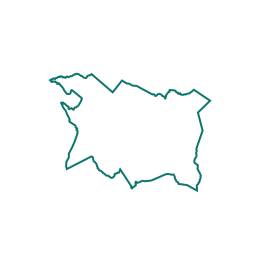 the district of Jano, Olancho, Honduras, rotated 121°
{"feature_id": "27666195B16054115349616", "entity_name": "Jano", "entity_type": "district", "adm_level": 2, "iso_a3": "HND", "parent_name": "Honduras", "parent_adm1": "Olancho", "projection": "orthographic", "projection_center": [-86.513, 15.059], "detail": "fine", "context": "isolated", "style": "outline", "palette": "teal", "viewbox_px": 256, "rotation_deg": 121, "n_neighbors": 0, "source": "geoboundaries", "source_scale": "gbopen_adm2", "svg_char_len": 5846}
<svg xmlns="http://www.w3.org/2000/svg" viewBox="0 0 256 256"><g transform="rotate(121 128 128)"><path d="M62.3,71.7L61.3,91.3L64.1,92.1L64.7,92.4L66.9,93.3L67.4,93.9L67.9,94.7L68.9,95.5L69.8,96.0L69.9,96.7L70.0,97.0L70.4,97.3L71.0,97.7L71.3,97.9L71.8,99.5L72.1,99.9L72.2,100.1L72.1,100.4L71.6,100.9L71.8,101.0L72.1,101.1L72.3,101.2L72.4,101.4L72.5,101.6L72.4,101.8L72.1,102.4L72.0,102.7L72.5,102.9L72.4,103.1L72.2,103.2L72.1,103.4L72.2,104.2L72.3,104.4L72.5,104.6L72.5,104.8L72.4,105.2L71.8,106.3L71.7,106.6L72.1,108.2L73.3,110.4L73.6,111.3L73.9,111.8L74.2,111.9L74.5,111.8L75.2,111.4L75.4,111.1L75.6,111.1L75.9,111.3L76.3,111.8L76.6,111.9L79.5,112.1L80.7,112.3L81.1,112.1L81.5,111.7L81.9,111.5L83.5,111.2L83.6,111.3L83.5,111.5L83.3,111.6L83.1,111.7L82.8,112.4L82.6,114.3L82.9,115.0L82.4,116.0L82.3,116.5L82.2,116.9L82.2,117.2L82.4,117.6L82.4,118.3L82.6,118.7L83.0,119.0L83.5,119.7L83.8,119.9L84.1,120.0L85.6,120.3L86.4,120.9L86.5,121.0L86.4,121.5L85.9,122.4L85.8,123.4L85.9,123.7L86.7,124.4L87.5,142.4L87.7,142.9L88.1,143.3L88.3,143.8L88.8,145.0L89.4,146.5L89.4,147.3L89.3,147.8L89.3,148.3L89.6,150.3L90.3,151.7L90.5,152.6L90.4,157.6L105.3,159.5L100.6,186.9L101.1,187.0L101.3,187.1L102.0,187.6L103.8,189.2L104.2,189.5L104.9,189.6L106.2,189.5L106.6,189.6L106.9,189.9L107.2,190.6L107.3,191.2L107.6,192.3L107.3,193.3L107.2,194.2L107.3,194.5L107.5,194.8L107.5,195.5L107.4,196.2L107.4,197.0L107.3,198.2L107.7,199.5L108.2,200.0L108.4,200.5L108.7,200.6L109.1,200.7L109.2,201.1L109.8,201.5L111.0,202.3L111.7,202.5L112.5,202.8L112.7,203.0L112.9,203.6L113.2,204.0L113.5,204.2L114.3,204.6L114.9,205.2L115.3,205.5L115.2,206.2L115.2,206.7L115.3,206.8L115.9,207.2L116.4,207.3L116.8,207.4L117.1,207.4L117.3,207.5L117.2,208.3L117.6,209.4L118.2,209.8L117.9,210.4L117.8,210.7L118.2,212.0L118.3,212.4L118.5,212.6L118.9,212.8L119.1,212.8L119.2,212.6L119.4,212.7L120.0,213.7L120.3,214.2L120.7,214.4L121.6,214.7L121.9,214.8L122.0,215.0L122.3,215.5L122.5,215.7L123.0,215.9L123.7,215.8L123.7,216.2L123.8,216.8L123.9,217.4L124.2,217.8L125.4,218.1L125.9,218.9L126.3,219.0L126.6,219.1L127.1,219.4L127.2,218.6L127.7,218.0L127.9,217.7L127.9,217.4L127.7,217.0L126.7,216.2L126.4,215.2L125.9,214.7L125.9,214.1L126.1,213.6L125.9,213.1L125.6,212.3L125.6,211.9L126.3,211.6L126.6,211.3L126.3,211.0L126.0,210.9L126.0,210.3L125.6,210.2L125.6,209.8L125.3,209.5L125.9,208.7L126.5,206.7L126.6,205.8L127.1,204.9L127.4,203.9L127.8,203.2L128.3,202.7L128.9,201.6L130.2,197.8L130.1,197.7L129.8,197.3L129.5,196.4L129.3,196.0L129.0,195.7L128.0,195.2L127.8,195.2L126.5,195.7L125.6,195.9L124.7,195.9L124.4,195.7L126.1,183.7L126.3,183.1L126.6,182.6L126.9,182.5L128.8,182.3L129.3,182.1L130.6,182.1L131.6,182.0L132.8,182.1L133.5,182.0L134.4,182.2L135.5,182.3L135.8,182.7L136.3,183.0L137.0,183.1L138.1,184.2L139.0,184.3L139.3,184.3L139.5,184.3L140.0,184.0L140.4,184.2L140.5,184.4L140.4,185.5L140.1,186.3L140.1,186.6L140.3,186.8L140.8,187.1L141.2,187.5L141.9,187.8L142.1,188.8L141.9,189.0L141.5,189.1L141.0,189.3L140.5,189.7L140.3,190.1L140.6,191.2L140.4,191.9L140.4,192.7L139.9,193.7L139.9,194.5L139.8,195.0L140.2,195.4L140.3,195.5L140.1,196.1L139.7,196.8L139.7,197.0L139.8,197.2L140.6,198.2L140.8,198.3L141.0,198.2L141.1,197.9L141.4,197.6L141.6,197.0L142.4,196.2L143.3,194.9L144.4,192.8L145.1,190.7L145.4,190.3L146.0,189.3L146.7,188.5L147.6,187.4L148.2,186.3L148.7,185.8L149.0,185.1L149.3,184.8L149.4,184.3L150.2,183.1L150.7,182.4L151.6,182.3L151.9,182.2L152.2,181.9L152.3,181.4L152.9,180.8L152.9,180.5L152.7,179.4L152.8,178.9L152.8,178.3L153.0,177.3L152.9,176.2L153.0,174.3L153.3,173.9L154.3,173.3L154.6,172.9L154.6,172.6L154.5,171.6L154.6,171.2L154.9,171.1L155.9,171.2L156.2,171.1L156.3,170.9L156.5,169.9L156.7,169.5L157.0,169.3L158.2,168.8L159.5,168.3L166.6,166.8L172.5,166.0L180.4,165.5L183.8,163.5L188.7,163.4L192.7,161.3L194.7,159.3L171.2,144.7L171.1,144.3L171.2,143.8L171.3,143.2L171.4,142.8L171.7,142.5L172.5,142.0L173.3,141.2L173.8,140.7L174.0,140.5L174.2,140.0L174.2,138.8L174.5,138.1L174.8,137.2L175.8,135.6L176.9,134.8L177.3,133.7L177.8,133.3L178.2,133.2L178.3,132.3L179.0,130.9L179.0,130.5L178.7,129.2L178.9,128.4L178.9,127.1L179.3,126.7L179.5,126.0L179.5,125.8L179.4,124.9L179.4,124.3L179.8,123.0L179.9,122.5L179.8,121.6L179.2,120.6L179.1,120.0L179.1,119.8L179.2,119.5L179.3,119.3L179.3,118.9L179.1,118.5L179.4,117.8L179.4,117.2L179.3,116.6L179.1,116.2L178.2,115.5L177.7,115.2L176.9,115.2L176.5,115.1L176.2,114.9L175.2,115.2L174.6,115.6L174.4,115.7L174.1,115.6L173.9,115.5L173.8,115.1L172.9,114.7L172.4,113.9L172.0,113.8L171.6,113.8L171.3,113.7L170.8,112.8L170.4,112.9L169.1,112.8L168.6,113.0L167.9,113.5L167.4,113.5L176.2,95.2L176.8,95.1L177.2,94.8L177.6,94.1L177.7,93.8L177.7,93.5L177.6,93.3L176.9,93.4L176.1,93.3L174.7,92.3L173.9,92.2L172.9,91.8L172.7,91.9L172.2,92.6L171.6,93.0L171.0,93.4L170.4,93.7L170.2,93.7L169.9,93.4L169.9,93.2L170.4,92.4L170.5,92.2L170.4,92.0L170.1,91.6L169.6,91.3L169.4,91.0L168.2,90.1L167.8,89.7L166.3,88.9L165.9,88.6L165.6,88.0L165.1,86.6L164.6,85.6L164.0,85.0L163.7,84.4L163.3,84.0L161.8,81.9L160.5,80.6L148.3,71.9L147.1,70.5L146.7,69.8L146.4,69.2L146.0,67.8L145.5,66.5L144.8,65.4L144.4,64.8L145.8,62.7L147.1,61.7L148.0,60.0L148.5,59.6L148.8,58.8L148.8,57.4L149.0,56.7L149.4,56.2L149.9,55.9L146.5,48.0L146.1,36.6L144.3,37.9L143.5,38.2L143.4,38.4L143.0,38.7L141.7,39.4L141.4,39.4L140.4,39.3L140.0,39.0L139.7,39.0L138.9,39.1L138.4,39.3L138.1,39.1L137.5,39.2L136.8,39.1L136.1,39.5L135.6,39.7L135.2,39.8L134.1,39.8L133.4,40.1L132.8,40.5L132.0,40.9L131.0,41.3L130.5,42.1L129.8,43.1L127.4,47.2L127.0,47.5L125.8,47.9L125.3,48.4L124.1,48.8L123.9,49.0L123.9,50.2L123.7,51.0L123.7,52.1L123.4,52.8L123.4,53.2L123.1,53.5L122.3,54.0L120.9,54.6L119.8,54.8L118.3,54.7L117.0,54.8L116.7,54.8L116.0,55.3L114.3,56.7L113.7,57.0L113.0,57.1L111.8,57.5L111.5,57.8L111.0,58.5L109.7,58.9L91.8,62.7L78.8,76.0L62.3,71.7Z" fill="none" stroke="#0f766e" stroke-width="2"/></g></svg>